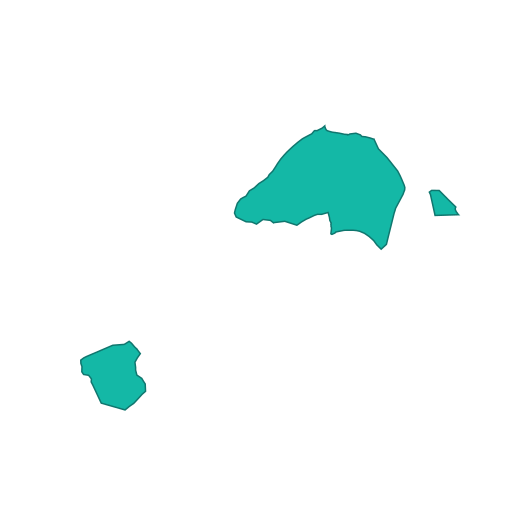 outline of Eyal Surayh, Amran, Yemen, rotated 249°
{"feature_id": "15242507B30874403797275", "entity_name": "Eyal Surayh", "entity_type": "district", "adm_level": 2, "iso_a3": "YEM", "parent_name": "Yemen", "parent_adm1": "Amran", "projection": "robinson", "projection_center": [43.972, 15.733], "detail": "fine", "context": "isolated", "style": "filled", "palette": "teal", "viewbox_px": 512, "rotation_deg": 249, "n_neighbors": 0, "source": "geoboundaries", "source_scale": "gbopen_adm2", "svg_char_len": 2686}
<svg xmlns="http://www.w3.org/2000/svg" viewBox="0 0 512 512"><g transform="rotate(249 256 256)"><path d="M352.8,366.8L351.7,363.7L351.2,358.4L351.1,357.9L351.4,357.3L352.0,355.9L351.9,355.1L350.1,351.9L349.5,346.7L349.0,342.7L348.7,341.0L347.1,335.6L345.2,330.2L344.1,327.4L342.1,322.5L340.4,319.0L337.8,314.1L334.6,309.3L332.6,306.7L329.2,302.0L327.3,297.6L325.3,295.3L323.7,290.1L322.6,284.7L320.2,278.7L319.2,273.2L315.8,268.6L315.6,268.3L315.4,267.6L315.2,265.1L314.7,262.1L311.9,257.5L307.0,253.5L305.0,252.1L304.1,251.5L303.7,251.3L299.5,251.5L291.5,259.0L289.2,264.2L285.6,267.9L287.6,275.6L284.1,282.2L280.6,284.3L280.7,284.9L278.1,295.3L270.1,305.2L270.7,307.7L271.5,310.7L272.4,316.1L272.5,319.1L273.0,324.9L272.9,328.3L271.4,332.1L270.8,338.9L265.8,338.4L262.8,337.7L260.3,337.9L259.8,338.0L258.9,337.3L258.2,337.2L256.6,336.6L255.4,336.6L254.2,336.1L252.5,335.2L250.9,334.4L250.0,333.9L249.4,334.1L249.0,334.6L249.0,335.2L249.1,336.4L249.1,337.2L249.4,338.7L249.8,339.2L249.3,342.2L248.4,347.5L247.3,350.6L245.3,355.8L243.7,359.0L241.9,361.7L238.1,365.6L237.9,365.7L233.7,368.6L228.2,371.4L223.0,372.8L218.6,374.8L217.5,375.3L220.1,381.9L225.9,385.9L237.9,394.3L246.5,400.3L248.7,402.1L250.5,403.4L260.9,415.4L262.8,417.0L264.3,418.4L265.1,418.8L266.6,419.5L269.0,419.7L275.5,419.5L279.2,419.3L284.6,418.7L300.9,413.6L312.1,408.7L322.9,408.0L322.9,407.7L323.0,407.6L325.1,405.1L328.0,401.0L328.5,400.0L329.7,397.6L331.6,396.9L334.8,393.3L336.3,387.3L336.0,386.4L336.3,384.9L336.6,385.0L337.0,384.2L337.4,383.4L337.7,382.6L338.1,381.9L338.4,381.5L338.6,381.2L339.3,380.1L339.8,379.4L340.2,378.7L340.7,378.0L341.2,377.1L341.6,376.4L342.0,375.7L342.3,375.0L342.8,374.4L343.2,373.5L343.6,372.8L344.0,372.1L344.2,371.7L344.4,371.4L344.9,370.7L345.4,370.0L345.9,369.4L346.3,368.8L347.0,368.0L347.7,367.2L348.3,366.9L348.5,366.8L349.0,366.7L349.7,366.6L350.6,366.6L351.4,366.6L352.2,366.6L352.8,366.8ZM221.8,107.0L221.0,103.1L220.7,101.3L224.0,90.3L222.9,61.7L222.6,58.7L221.6,55.1L218.4,54.0L215.0,53.9L213.7,53.3L210.3,51.9L207.2,52.6L204.6,57.0L200.2,58.3L197.5,57.0L194.0,57.4L174.1,58.8L159.2,78.6L160.9,83.6L162.3,89.2L163.6,91.9L164.9,94.5L167.7,100.1L169.3,104.4L176.2,106.7L179.6,106.0L182.7,105.5L187.5,102.1L192.6,102.7L195.2,103.7L200.2,104.9L203.4,108.7L206.3,113.0L211.7,111.4L211.7,111.5L212.1,111.4L212.7,111.0L214.0,110.4L214.3,110.2L219.2,108.5L221.8,107.0ZM229.7,437.7L222.0,459.8L222.2,459.7L223.9,459.3L225.7,458.8L228.0,458.7L228.7,459.0L229.1,459.1L229.3,459.3L230.1,460.1L240.3,455.4L241.2,455.0L242.3,454.6L243.3,454.1L251.5,450.5L254.3,443.5L253.5,440.7L250.9,440.9L233.6,438.3L229.7,437.7Z" fill="#14b8a6" stroke="#0f766e" stroke-width="1.5"/></g></svg>